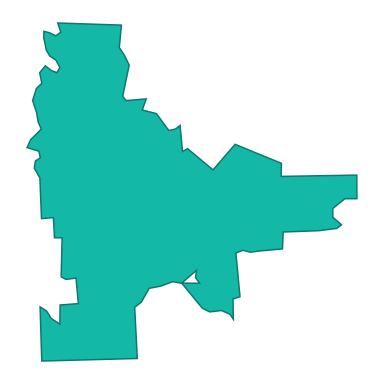 Três Arroios, Rio Grande do Sul, Brazil
{"feature_id": "56859067B70132107464338", "entity_name": "Três Arroios", "entity_type": "district", "adm_level": 2, "iso_a3": "BRA", "parent_name": "Brazil", "parent_adm1": "Rio Grande do Sul", "projection": "mercator", "projection_center": [-52.186, -27.488], "detail": "fine", "context": "isolated", "style": "filled", "palette": "teal", "viewbox_px": 384, "rotation_deg": 0, "n_neighbors": 0, "source": "geoboundaries", "source_scale": "gbopen_adm2", "svg_char_len": 1251}
<svg xmlns="http://www.w3.org/2000/svg" viewBox="0 0 384 384"><path d="M39.9,178.0L41.5,218.6L53.4,217.6L54.5,237.8L62.1,237.8L61.2,276.8L66.0,279.4L76.0,278.1L78.4,303.6L60.1,305.0L59.9,324.2L51.2,318.4L46.7,311.1L40.1,306.9L41.2,343.2L41.8,361.0L73.2,360.2L137.3,358.5L134.7,307.3L141.4,302.1L149.2,288.3L160.5,286.2L172.7,281.7L181.7,283.1L202.3,308.2L209.7,311.9L221.4,310.5L229.9,314.2L233.4,319.4L233.0,299.0L240.0,296.7L235.9,252.9L243.2,250.3L250.1,252.2L260.5,250.9L282.5,248.9L283.2,232.0L318.6,230.7L336.9,228.4L341.5,224.8L332.8,217.2L332.8,208.5L344.9,198.7L356.9,198.7L356.8,175.1L281.2,176.4L281.4,163.3L260.3,154.7L235.1,144.3L213.0,169.9L187.5,148.6L182.5,151.5L180.1,125.4L175.5,129.0L168.8,130.5L156.4,113.6L142.3,110.0L146.2,98.9L126.2,100.6L122.7,96.3L129.2,65.2L124.5,55.4L119.3,47.6L121.4,25.1L57.8,23.0L60.8,32.2L55.8,35.8L49.7,32.8L43.9,31.3L43.8,38.1L45.1,44.0L46.2,49.9L49.7,56.0L55.8,60.0L59.9,67.5L56.9,72.7L50.8,70.2L45.3,65.8L39.7,72.7L41.8,83.3L36.4,88.4L32.6,100.6L36.4,111.9L38.3,122.5L41.3,129.0L35.8,134.6L30.6,139.7L27.1,147.6L32.6,149.3L38.9,151.2L40.3,157.8L35.4,161.0L34.3,168.2L39.9,178.0ZM181.7,283.1L196.5,270.3L195.6,277.7L199.6,283.3L181.7,283.1Z" fill="#14b8a6" stroke="#0f766e" stroke-width="1.5"/></svg>